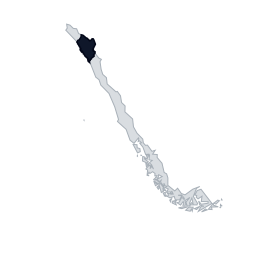 where Antofagasta sits in Chile, rotated 322°
{"feature_id": "CHL-2695", "entity_name": "Antofagasta", "entity_type": "Region", "adm_level": 1, "iso_a3": "CHL", "parent_name": "Chile", "parent_adm1": "", "projection": "mercator", "projection_center": [-69.6, -23.478], "detail": "fine", "context": "in_parent", "style": "filled", "palette": "ink", "viewbox_px": 256, "rotation_deg": 322, "n_neighbors": 0, "source": "natural_earth", "source_scale": "10m", "svg_char_len": 6615}
<svg xmlns="http://www.w3.org/2000/svg" viewBox="0 0 256 256"><g transform="rotate(322 128 128)"><path d="M139.2,12.6L141.6,11.9L143.6,8.4L145.6,11.2L146.2,15.8L148.6,18.2L147.2,23.2L149.9,27.7L151.4,35.6L155.6,36.5L153.9,41.9L148.1,45.7L148.0,54.8L149.3,57.5L146.8,58.5L142.9,65.3L141.1,70.3L142.0,75.0L138.7,80.5L140.8,92.1L142.1,92.6L141.9,98.0L138.6,104.0L139.3,108.8L135.5,113.4L137.2,123.7L133.0,130.5L131.9,137.7L132.8,145.8L130.9,149.2L131.1,152.4L132.8,153.5L132.5,161.1L135.7,162.3L131.3,163.8L134.7,166.9L132.8,169.2L133.1,176.7L129.1,185.3L130.2,187.9L128.7,191.9L124.1,197.7L126.1,206.4L130.0,206.0L129.7,212.5L131.8,215.8L141.4,216.1L148.6,218.3L144.9,217.7L137.4,222.1L136.4,230.2L135.0,231.1L129.6,226.8L131.9,225.8L132.6,227.8L135.3,222.4L130.3,225.0L129.0,227.6L126.6,225.9L128.1,222.1L134.0,220.8L128.2,220.3L126.2,224.5L123.7,222.7L125.7,221.6L126.2,219.9L122.0,221.1L120.6,217.0L122.8,217.9L127.8,215.7L128.2,218.9L129.1,218.1L129.0,213.8L126.0,211.8L128.7,214.5L124.3,216.4L121.1,213.6L122.3,210.4L118.1,208.9L116.8,206.0L118.7,205.8L118.9,203.5L121.4,207.0L123.0,207.9L123.7,204.5L122.1,207.1L121.1,205.4L122.3,204.7L119.0,202.3L122.2,200.8L120.6,197.9L122.8,197.9L121.6,196.6L122.3,193.6L120.3,196.4L120.4,190.5L122.0,189.6L119.8,189.6L119.2,186.2L125.0,187.3L123.4,183.7L120.9,186.0L118.9,184.1L121.4,183.3L119.7,182.2L121.3,180.4L120.5,177.6L117.2,177.3L117.3,175.7L114.6,177.0L115.2,178.7L113.9,177.0L117.6,173.2L116.9,171.3L121.3,170.5L122.2,168.1L121.9,172.5L120.2,173.6L122.2,173.2L123.3,170.8L122.8,176.1L124.0,171.4L123.3,168.6L127.1,168.4L124.9,166.0L128.4,162.6L128.4,161.5L125.6,159.7L128.0,152.2L127.9,147.1L129.6,148.0L129.2,145.3L127.7,144.9L129.9,143.2L130.1,142.2L123.3,143.8L122.1,138.9L125.7,127.9L123.7,116.4L125.8,115.4L130.6,103.1L134.3,89.0L133.0,77.5L134.9,72.1L133.9,68.1L138.1,54.1L139.3,39.5L138.4,37.8L140.8,28.7L139.2,12.6ZM147.8,221.2L147.7,239.1L132.1,237.0L137.4,234.7L139.7,236.4L137.1,232.9L138.7,229.0L138.7,233.1L144.8,236.6L145.8,235.4L140.5,231.1L144.3,227.3L139.6,227.0L139.1,224.6L140.6,223.5L139.4,222.0L144.0,219.9L147.8,221.2ZM123.1,154.2L120.2,153.5L121.9,144.1L124.8,146.7L123.0,149.3L124.7,151.5L123.1,154.2ZM119.4,191.7L119.2,200.9L117.8,198.8L118.6,196.6L116.9,199.7L114.6,199.3L117.7,191.5L119.4,191.7ZM141.3,241.5L148.6,239.9L147.9,241.6L150.6,245.7L145.1,241.7L144.0,244.0L141.3,241.5ZM123.3,161.2L122.0,162.5L123.2,167.1L121.6,167.5L119.1,162.9L122.1,159.5L123.3,161.2ZM127.2,227.8L130.6,230.5L127.4,233.1L128.0,230.9L125.8,231.9L122.8,228.3L127.2,227.8ZM130.6,232.4L136.4,234.0L131.9,234.5L130.6,232.4ZM155.2,241.6L150.5,242.1L149.4,240.1L154.4,240.1L155.2,241.6ZM119.3,190.5L117.6,190.7L116.1,186.4L118.1,185.1L119.3,190.5ZM116.5,190.7L114.1,190.4L115.4,186.4L116.5,190.7ZM127.9,162.0L124.9,163.8L125.6,160.9L127.9,162.0ZM118.1,213.2L119.5,215.8L118.7,218.3L116.7,214.4L118.1,213.2ZM118.6,222.0L123.7,224.5L126.2,226.8L120.7,224.6L118.6,222.0ZM120.9,169.5L118.7,169.8L120.5,166.5L120.9,169.5ZM134.3,239.4L139.2,239.5L139.8,241.2L134.3,239.4ZM116.7,192.3L115.4,194.6L114.2,194.9L114.4,192.4L116.7,192.3ZM117.8,201.7L116.0,203.7L115.1,203.4L115.7,200.9L117.8,201.7ZM119.4,210.5L117.0,211.4L115.9,213.2L116.5,210.5L119.4,210.5ZM115.8,205.3L115.2,204.4L116.7,204.7L115.8,205.3ZM123.8,164.1L122.9,162.9L123.1,162.3L123.8,162.7L123.8,164.1ZM121.4,215.1L120.4,215.3L119.8,213.9L121.4,215.1ZM117.6,184.5L116.0,184.5L117.6,184.2L117.6,184.5ZM153.8,245.2L154.0,246.9L152.9,246.2L153.8,245.2ZM121.4,157.4L122.2,158.1L121.3,157.7L121.4,157.4ZM153.1,247.3L151.6,247.6L151.5,247.4L153.1,247.3ZM157.9,241.7L157.8,242.6L157.3,242.2L157.9,241.7ZM98.6,94.2L98.1,94.8L98.1,94.7L98.6,94.2ZM118.5,155.5L118.1,156.1L118.0,155.7L118.5,155.5Z" fill="#d9dde1" stroke="#a8b0b8" stroke-width="1"/><path d="M148.3,25.8L148.6,25.9L148.8,26.0L149.8,27.6L149.9,27.9L149.9,29.1L149.9,29.3L150.2,29.8L150.3,30.2L150.3,31.1L150.5,31.3L150.8,31.6L151.0,31.9L151.0,32.0L150.9,32.1L151.1,32.4L151.1,32.5L151.0,32.9L151.0,33.0L151.3,33.5L151.3,33.9L151.5,34.2L151.5,34.3L151.3,35.0L151.3,35.4L151.4,35.6L151.6,35.7L151.7,35.8L151.8,35.9L152.6,36.0L153.0,36.0L153.2,35.9L154.7,35.6L155.5,36.5L155.4,37.0L155.1,38.1L154.8,39.2L154.4,40.3L154.2,40.9L154.1,41.4L154.0,41.7L153.9,41.9L153.6,42.0L153.4,42.1L153.2,42.2L152.6,42.5L152.0,42.8L151.4,43.0L150.8,43.3L150.5,43.4L150.3,43.5L150.0,43.6L149.8,43.7L149.6,43.8L149.5,44.0L149.3,44.3L149.2,44.4L148.9,44.4L148.7,44.8L148.7,45.0L148.5,44.9L148.4,44.9L148.4,45.0L148.3,45.3L148.1,45.8L148.0,46.0L148.1,46.3L148.3,46.4L148.4,46.5L148.5,46.5L148.7,46.8L148.7,47.1L148.8,47.3L149.0,47.6L148.9,47.8L148.7,47.8L148.4,47.8L148.3,48.0L148.2,48.6L147.9,48.7L147.6,48.9L147.5,49.0L147.4,49.0L147.2,49.0L146.8,49.0L146.7,49.0L146.4,49.0L146.0,49.0L145.9,49.1L145.9,49.3L146.0,49.3L146.0,49.5L145.9,49.8L145.7,50.1L145.7,50.3L145.6,50.5L143.9,50.6L143.3,50.4L142.6,50.5L142.3,50.7L141.8,51.0L141.2,51.0L141.0,50.8L140.5,50.9L139.9,51.4L139.7,51.3L139.3,51.4L138.6,51.9L138.2,52.5L138.2,52.4L138.2,52.2L138.0,51.9L137.9,51.7L137.8,51.4L137.7,51.4L137.7,51.1L137.9,51.1L137.9,50.9L137.9,50.7L138.0,50.5L138.1,50.4L138.2,50.1L138.1,49.9L138.2,49.7L138.3,49.7L138.6,49.5L138.7,49.4L138.7,49.1L138.8,49.1L139.0,49.0L139.0,48.9L139.0,48.7L139.1,48.3L139.1,48.0L139.1,47.8L139.0,47.6L138.9,47.6L138.8,47.4L138.9,47.2L139.0,47.0L139.0,46.9L138.7,46.6L138.7,46.3L138.6,46.1L138.6,45.8L138.5,45.7L138.5,45.2L138.6,44.9L138.5,44.7L138.4,44.6L138.5,44.4L138.6,44.1L138.6,43.9L138.6,43.7L138.6,43.4L138.7,43.2L138.8,42.9L138.7,42.8L138.7,42.7L138.8,42.6L138.7,42.4L138.8,42.4L138.8,42.1L138.8,41.9L138.7,41.7L138.8,41.3L138.8,41.1L138.8,40.9L138.8,40.6L139.0,40.3L139.1,40.2L139.3,39.9L139.3,39.7L139.3,39.4L139.2,39.2L138.8,39.0L138.7,39.1L138.6,39.3L138.4,39.2L138.2,39.3L138.2,39.2L138.3,38.9L138.4,38.7L138.3,38.4L138.4,38.2L138.3,37.9L138.4,37.6L138.5,37.6L138.5,37.4L138.5,37.2L138.4,37.1L138.5,36.9L138.6,36.7L138.8,36.6L138.8,36.8L138.9,37.0L139.0,37.0L139.3,36.9L139.5,36.7L139.6,36.4L139.7,36.2L139.8,36.1L139.8,35.9L139.8,35.7L139.7,35.6L139.7,35.4L139.8,35.3L139.8,35.2L139.9,34.9L139.9,34.7L139.9,34.4L139.9,34.2L140.1,33.9L140.0,33.7L140.0,33.3L140.0,33.0L140.1,32.9L140.1,32.2L140.2,31.8L140.2,31.7L140.3,31.7L140.3,31.4L140.4,31.2L140.4,30.9L140.3,30.7L140.5,30.6L140.5,30.3L140.5,30.1L140.5,29.9L140.5,29.6L140.5,29.4L140.8,29.2L140.9,28.9L140.8,28.7L141.3,28.5L141.5,28.5L141.8,28.3L142.1,28.2L142.3,28.2L142.5,28.1L143.1,28.2L143.2,28.3L143.6,28.5L143.9,28.5L144.4,28.3L145.4,27.9L147.0,27.4L147.4,26.9L147.5,26.8L147.6,26.7L148.1,26.5L148.2,26.3L148.3,25.8L148.3,25.8Z" fill="#0f172a" stroke="#020617" stroke-width="1.5"/></g></svg>